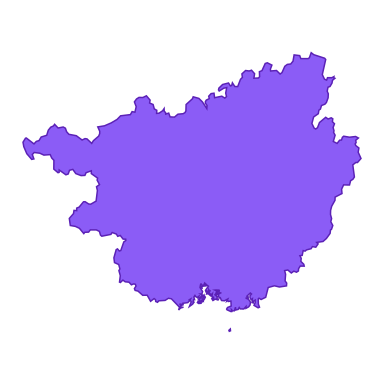 map outline of Guangxi (Robinson projection)
{"feature_id": "CHN-1152", "entity_name": "Guangxi", "entity_type": "Autonomous Region", "adm_level": 1, "iso_a3": "CHN", "parent_name": "China", "parent_adm1": "", "projection": "robinson", "projection_center": [108.679, 23.706], "detail": "fine", "context": "isolated", "style": "filled", "palette": "violet", "viewbox_px": 384, "rotation_deg": 0, "n_neighbors": 0, "source": "natural_earth", "source_scale": "10m", "svg_char_len": 5979}
<svg xmlns="http://www.w3.org/2000/svg" viewBox="0 0 384 384"><path d="M75.4,226.4L70.3,225.5L69.3,218.4L73.5,213.6L74.0,210.4L76.7,210.6L76.7,208.1L79.1,207.1L83.5,201.8L85.1,201.7L88.7,204.0L90.7,204.2L96.1,201.1L97.4,190.5L96.5,186.7L99.5,184.6L97.1,180.1L97.6,178.1L91.3,173.6L91.3,170.8L86.1,172.7L84.9,175.4L81.1,175.6L75.8,173.6L72.8,169.4L69.5,170.3L68.2,174.0L65.9,174.8L59.2,170.0L59.1,172.4L58.0,172.7L53.8,169.1L53.9,160.3L51.7,158.0L50.2,154.6L43.9,155.1L39.8,153.2L34.2,152.5L32.3,154.5L33.9,158.9L31.7,159.4L26.8,153.7L23.8,146.7L23.0,142.2L25.5,138.2L26.3,138.0L34.0,143.9L36.3,141.4L39.0,140.6L41.2,137.0L46.7,135.3L48.3,130.2L50.7,127.2L53.5,125.9L54.6,124.3L58.1,128.0L63.2,127.0L65.4,128.2L66.6,131.7L68.9,134.3L76.3,135.7L82.1,140.0L85.0,138.6L87.0,138.9L91.7,143.4L93.4,140.7L98.7,136.1L99.7,133.6L99.7,131.2L97.8,126.9L104.5,125.8L111.2,122.9L117.1,119.4L120.6,115.8L130.4,114.6L132.1,111.6L134.9,112.2L136.2,106.7L134.4,101.9L136.5,99.0L139.0,97.4L142.9,97.5L146.4,95.8L150.1,100.1L149.6,103.0L153.1,104.5L154.3,108.9L156.8,110.3L156.6,113.4L159.0,113.2L162.6,110.8L164.1,108.6L164.2,111.2L165.6,112.6L165.7,114.1L168.7,113.1L170.1,116.9L174.5,117.1L177.9,114.2L183.1,113.7L185.0,112.6L185.9,110.9L186.1,104.5L192.5,98.7L193.2,96.8L198.9,98.4L202.4,101.9L206.8,108.6L207.0,105.4L205.4,103.2L205.4,101.6L206.3,100.1L209.3,98.6L208.7,96.2L211.1,93.6L214.0,93.2L214.6,97.7L221.8,96.2L224.8,98.1L226.5,96.6L225.7,93.1L226.7,87.6L223.8,88.2L219.2,91.0L218.5,89.9L218.9,88.1L222.6,84.5L228.5,83.0L230.4,85.9L231.7,85.5L232.4,82.8L234.8,86.5L237.7,86.6L240.5,79.3L242.4,77.4L241.9,73.9L245.6,70.5L249.2,71.0L251.5,70.2L254.6,73.7L253.9,78.2L258.5,78.0L259.6,76.7L259.4,71.7L262.0,70.6L265.2,63.5L267.3,62.8L271.9,65.1L270.4,69.1L270.6,71.0L276.5,70.5L280.1,74.0L282.0,72.6L284.8,66.3L287.3,64.4L290.7,64.0L293.0,61.2L294.1,54.9L299.7,55.6L300.8,58.6L308.2,58.6L309.4,57.7L311.2,52.7L313.8,54.7L324.6,58.2L325.7,59.5L322.3,74.6L324.5,79.2L326.6,80.1L327.5,77.7L331.8,77.7L333.9,76.6L333.7,77.7L334.9,78.3L332.5,80.3L332.0,83.1L330.0,86.5L328.0,87.2L327.2,91.2L328.3,93.8L328.1,97.8L326.4,102.5L324.9,104.2L321.5,105.5L320.4,109.1L318.9,110.2L318.3,113.7L313.6,117.0L311.9,123.5L314.2,128.2L315.7,129.0L317.5,127.7L319.5,122.5L325.7,117.3L328.1,119.0L331.2,117.8L332.8,118.8L332.4,121.7L334.5,123.8L333.1,127.5L334.0,130.8L333.6,132.4L335.1,135.2L333.3,141.5L337.1,143.4L339.6,140.2L341.5,140.0L342.4,137.3L343.7,136.2L349.5,137.2L355.6,136.5L358.4,138.0L355.7,140.3L356.1,142.6L355.2,143.9L355.7,145.5L358.9,148.0L358.2,152.2L361.0,158.5L357.5,162.5L355.8,162.5L352.8,164.9L354.4,177.0L352.9,179.3L350.6,180.7L349.5,185.0L343.6,184.9L341.6,189.2L342.0,193.5L335.1,197.1L335.0,200.3L331.7,206.2L330.6,210.4L330.5,214.5L331.6,218.6L330.8,221.7L332.8,225.5L331.5,229.3L330.5,230.0L330.1,233.4L326.4,238.5L323.0,241.5L316.7,242.4L318.1,243.9L315.8,247.2L312.4,246.6L311.1,248.7L306.5,249.9L305.1,251.1L303.2,250.6L302.2,255.4L299.9,255.7L301.2,258.3L300.9,261.4L303.8,264.3L304.2,266.1L300.2,266.1L298.6,268.7L298.4,271.0L296.5,272.2L293.8,271.2L291.3,273.0L287.8,270.0L284.6,270.6L285.6,274.3L285.1,280.9L286.7,283.1L286.5,285.9L279.4,287.0L274.4,285.8L268.2,287.5L265.7,297.3L261.1,299.5L259.0,298.2L258.3,298.8L258.4,304.1L259.5,307.2L258.1,307.8L254.0,305.4L255.2,302.6L255.2,300.1L253.4,301.2L253.3,302.9L252.1,302.6L252.4,298.7L251.1,299.7L250.0,297.6L250.0,295.7L251.5,294.0L250.3,293.0L246.9,296.2L247.5,296.9L246.9,297.2L248.1,296.9L248.2,297.9L245.6,298.0L248.6,299.4L250.5,302.2L250.0,305.1L248.6,306.9L246.0,308.3L246.0,306.5L243.8,309.0L240.2,308.9L239.2,307.5L238.2,309.4L235.8,310.0L235.5,307.2L234.4,310.8L232.5,310.8L231.5,309.7L231.8,311.5L231.0,311.6L227.0,309.8L226.6,309.1L227.5,307.5L231.2,306.0L230.9,301.1L228.3,301.5L227.8,300.5L226.9,301.1L227.8,299.0L224.4,300.8L221.5,300.5L220.2,297.6L218.3,296.9L218.7,294.0L221.4,292.6L218.9,293.3L219.2,290.9L218.0,291.3L218.6,290.1L215.9,290.0L214.9,290.1L216.7,290.9L216.4,291.9L217.3,291.8L217.8,293.8L216.5,295.3L216.1,293.1L214.9,294.8L217.3,296.8L216.7,299.0L218.6,299.0L218.0,300.0L215.2,299.1L213.0,300.5L213.3,301.1L211.8,298.7L212.8,298.1L213.6,298.7L213.6,296.5L213.0,297.6L211.9,296.7L212.4,293.7L210.6,295.8L209.0,294.4L210.6,294.0L208.9,293.4L210.3,290.1L209.3,291.2L208.7,289.8L208.4,292.2L207.5,291.5L208.1,293.7L206.6,294.0L207.2,291.5L206.0,291.9L205.5,290.3L208.4,286.2L206.6,284.8L206.3,285.8L205.0,286.0L205.6,283.0L205.3,283.7L204.7,283.0L203.5,285.5L202.6,285.2L203.2,286.2L201.7,286.9L202.0,288.0L200.7,287.6L201.3,283.4L200.5,284.8L200.0,287.5L202.6,291.5L201.9,294.0L200.7,294.0L202.6,295.1L201.3,296.2L202.6,296.5L202.6,297.6L203.2,295.5L203.8,295.1L203.2,297.6L204.7,296.2L205.3,297.2L204.4,299.1L202.9,299.0L203.8,299.7L203.2,301.5L201.5,302.2L201.8,300.9L202.6,301.1L201.9,300.1L200.7,301.5L201.0,303.3L198.7,303.5L197.4,302.6L198.1,301.3L199.3,302.2L199.8,300.1L198.6,299.7L201.0,297.6L198.3,298.0L198.9,296.2L197.2,297.5L195.0,296.2L195.2,294.8L193.9,297.1L194.6,299.7L193.6,299.7L193.1,301.9L194.0,302.2L192.6,304.2L189.4,306.5L191.2,301.9L190.1,300.0L190.6,299.0L189.3,299.7L189.1,299.1L189.3,301.1L187.8,302.6L182.9,303.3L183.1,304.6L179.5,304.0L181.7,305.4L180.4,306.1L180.9,307.2L183.5,307.2L180.6,308.0L178.6,310.0L179.5,307.2L171.4,298.8L168.4,298.3L165.1,300.4L158.9,300.8L157.5,302.3L155.7,301.5L155.5,299.7L154.1,298.6L150.6,301.3L147.2,295.2L142.7,295.3L138.0,291.1L135.1,290.4L134.4,288.6L136.0,286.1L135.4,284.3L133.7,283.9L131.4,284.8L129.0,282.2L125.2,281.8L122.9,280.1L120.4,282.5L119.5,282.1L120.3,275.7L118.9,270.6L119.9,268.9L118.7,264.5L114.5,262.6L113.9,257.8L116.2,249.6L117.5,248.9L119.3,251.0L120.8,250.5L123.8,241.9L125.8,240.5L125.7,239.2L123.1,239.1L120.3,235.5L117.7,236.3L116.4,234.1L112.2,232.5L110.9,234.4L101.8,236.2L100.5,235.1L99.4,231.4L96.3,229.9L90.3,229.9L88.6,232.1L84.8,232.3L83.8,233.6L79.4,228.3L75.4,226.4ZM229.3,331.3L228.9,330.3L230.3,329.0L230.5,330.8L229.3,331.3Z" fill="#8b5cf6" stroke="#5b21b6" stroke-width="1.5"/></svg>